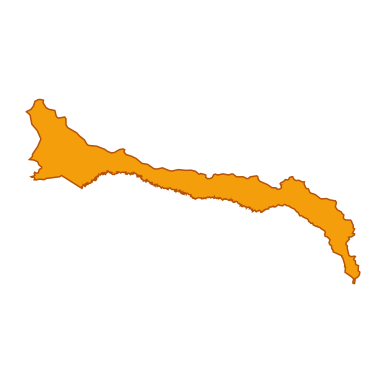 outline of Benjamin Constant, Amazonas, Brazil, rotated 264°
{"feature_id": "56859067B4861181831947", "entity_name": "Benjamin Constant", "entity_type": "district", "adm_level": 2, "iso_a3": "BRA", "parent_name": "Brazil", "parent_adm1": "Amazonas", "projection": "robinson", "projection_center": [-70.409, -5.498], "detail": "fine", "context": "isolated", "style": "filled", "palette": "amber", "viewbox_px": 384, "rotation_deg": 264, "n_neighbors": 0, "source": "geoboundaries", "source_scale": "gbopen_adm2", "svg_char_len": 6067}
<svg xmlns="http://www.w3.org/2000/svg" viewBox="0 0 384 384"><g transform="rotate(264 192 192)"><path d="M179.7,228.5L179.6,229.0L180.4,229.9L179.5,230.8L179.7,231.4L179.0,231.4L179.0,230.9L178.3,231.1L177.3,232.6L177.5,233.7L178.1,233.7L177.7,236.0L175.7,236.8L175.5,238.0L175.0,238.0L174.5,239.2L173.4,238.7L173.8,239.9L172.6,239.8L172.2,240.7L172.7,240.7L172.9,241.6L172.2,243.1L171.7,243.2L171.3,244.6L170.5,244.5L171.1,245.1L170.7,245.7L171.0,247.0L170.6,248.0L169.5,247.5L169.7,248.5L167.8,249.5L168.2,250.3L166.2,250.1L167.4,252.6L165.6,253.8L166.8,257.1L165.8,258.1L164.7,258.3L164.6,259.4L165.3,259.8L165.8,261.6L166.9,262.1L166.7,263.4L167.1,263.7L167.3,266.6L168.9,267.1L168.8,269.8L169.5,271.3L168.5,272.0L168.8,272.7L168.5,273.5L170.5,276.7L169.5,277.9L168.8,280.7L169.8,282.2L169.8,283.6L168.7,284.4L167.7,287.6L166.7,288.1L164.2,292.2L161.3,294.1L160.8,295.3L157.1,296.7L157.0,298.5L155.5,299.9L153.1,304.0L152.5,304.6L150.4,305.0L149.9,306.0L148.4,306.9L148.4,308.7L146.6,309.1L144.7,312.1L144.9,313.0L144.1,313.5L143.3,315.7L142.4,316.1L139.4,319.9L137.8,320.4L136.3,319.5L134.0,319.8L133.3,321.8L130.1,324.3L127.4,323.0L125.4,323.4L124.0,325.1L120.9,325.0L120.2,325.9L117.7,326.2L112.9,334.4L112.0,334.1L110.3,335.1L103.7,336.4L101.7,335.9L101.2,336.8L96.2,335.8L91.0,341.8L88.7,343.7L85.0,342.4L84.2,342.8L84.0,344.1L88.9,345.3L89.7,347.3L91.1,349.1L93.0,350.1L94.8,350.5L96.2,349.1L97.1,349.1L101.4,349.9L102.4,347.6L103.5,347.2L106.6,347.3L107.4,346.0L108.3,345.7L110.8,347.7L111.2,346.8L111.1,343.3L112.6,341.4L120.1,340.5L122.1,340.9L123.6,339.6L125.7,340.2L128.6,343.6L130.6,342.9L130.8,346.1L132.5,349.2L133.5,349.2L134.1,347.2L138.3,349.9L139.4,348.5L141.6,348.9L146.6,347.4L147.5,346.7L148.1,341.9L149.4,340.2L150.4,339.8L153.4,340.6L154.8,339.1L156.6,338.3L159.0,334.8L162.1,333.0L166.2,334.5L168.2,333.8L169.7,328.4L171.4,325.2L171.6,320.1L172.2,318.8L176.6,314.3L178.5,310.0L179.4,309.1L182.9,308.1L183.7,306.0L184.6,305.4L188.4,304.3L190.3,304.8L190.6,302.5L192.5,299.5L192.5,296.8L193.1,295.6L194.8,294.2L196.6,293.8L196.8,292.6L196.1,290.4L194.4,289.5L194.0,288.3L194.6,286.1L193.0,284.4L191.7,281.1L191.0,280.5L189.9,280.9L189.6,281.8L188.8,281.3L186.8,281.4L185.7,279.3L185.7,277.8L186.0,276.8L187.0,276.5L187.4,275.5L187.9,272.0L191.5,267.8L195.5,260.7L197.5,259.3L200.6,258.9L201.3,258.0L201.0,251.5L199.5,249.4L199.5,248.1L201.8,244.4L202.4,237.9L205.6,234.6L205.8,233.2L205.1,230.3L206.8,224.6L206.2,219.4L207.4,217.0L206.9,215.4L204.3,213.6L203.5,211.7L203.7,208.7L205.2,207.2L207.4,207.5L208.0,206.6L209.5,202.5L208.8,201.5L209.3,200.4L212.2,197.7L213.8,193.5L214.1,188.4L215.7,180.7L214.9,173.8L216.2,170.4L219.1,165.3L218.5,159.6L219.1,156.6L224.1,150.8L225.7,145.2L231.2,139.9L233.8,135.7L236.3,130.1L239.2,128.5L241.0,129.5L242.0,128.1L241.8,124.4L239.4,119.0L239.3,116.0L241.1,112.4L243.7,109.5L247.5,102.0L249.2,93.8L251.0,92.2L255.2,90.4L259.4,86.0L262.9,83.5L269.1,75.0L272.2,73.7L278.0,74.3L279.9,73.2L279.4,67.0L280.4,65.6L281.7,64.9L287.4,64.1L289.3,58.1L291.3,55.6L296.3,53.2L298.8,53.9L299.9,50.8L300.0,48.9L298.6,45.3L294.0,43.3L291.0,40.5L289.0,35.1L288.9,36.1L285.5,39.0L276.1,39.8L269.1,44.6L260.5,47.3L253.2,43.2L246.2,37.3L243.9,37.0L241.3,33.7L240.3,38.1L238.3,41.6L234.9,42.7L232.5,45.1L231.2,44.8L230.5,42.5L227.2,41.2L227.0,39.1L228.1,37.6L226.9,37.0L225.1,37.6L224.5,36.6L224.0,33.5L223.3,34.3L223.4,35.9L222.6,36.8L221.6,37.2L220.7,36.4L220.3,38.0L220.7,41.7L219.7,46.3L220.7,48.5L221.0,62.1L222.1,63.9L207.1,82.9L207.7,83.5L208.8,83.0L209.3,84.0L210.6,84.5L208.7,86.3L209.5,87.0L209.8,85.9L211.3,86.8L211.4,87.3L210.4,87.6L210.5,89.4L210.8,89.4L211.1,88.3L212.2,88.7L211.4,90.4L211.4,91.6L212.2,93.5L212.7,93.8L213.0,93.1L214.1,93.5L213.5,94.3L214.5,95.4L213.7,96.3L213.6,97.5L214.0,97.8L214.6,96.4L216.0,96.8L215.9,98.4L217.0,98.0L217.7,99.6L216.9,99.5L217.0,100.5L219.5,101.2L218.5,102.7L219.4,103.6L220.5,103.4L219.3,104.3L219.4,104.8L220.4,104.4L220.5,104.8L220.5,106.4L219.8,106.7L220.2,107.4L218.8,107.4L218.5,107.9L219.8,108.5L220.4,109.8L221.8,109.7L221.9,110.5L219.9,112.0L220.2,113.1L219.9,113.9L219.4,112.4L219.2,113.5L217.9,114.7L217.5,116.6L218.4,117.7L218.1,118.5L218.6,120.4L219.2,120.5L219.3,119.6L219.9,119.4L219.4,121.8L218.4,123.0L219.1,124.7L218.5,126.4L218.9,128.2L217.8,128.7L217.5,128.5L218.0,127.8L216.9,127.8L216.4,129.3L217.3,129.7L217.2,131.5L215.8,132.5L217.1,133.7L216.1,134.1L216.1,135.6L216.5,135.5L216.4,134.6L217.7,135.5L217.6,136.1L215.3,138.9L213.4,139.0L214.4,140.2L214.0,140.8L213.2,139.8L212.7,139.9L212.7,141.9L213.7,142.4L213.7,143.2L212.8,143.7L212.1,142.6L211.1,142.7L211.0,143.3L210.2,143.0L208.9,144.8L208.1,144.8L208.4,145.3L207.9,146.3L209.2,148.2L208.9,148.5L208.1,147.6L206.9,147.5L207.8,149.0L207.2,150.1L205.5,151.0L205.9,152.1L205.5,153.4L205.0,153.1L205.4,151.7L204.9,151.7L204.1,152.3L204.6,153.1L203.4,153.7L203.6,154.9L202.1,155.2L202.0,155.7L203.0,156.3L202.1,156.6L202.8,156.9L203.2,158.3L201.1,158.2L201.6,160.1L199.0,162.0L199.9,163.1L198.7,164.1L198.2,167.7L197.5,167.5L197.0,168.5L197.9,168.7L198.4,170.7L196.8,171.8L196.2,174.8L194.7,174.8L194.5,175.3L195.8,175.8L196.1,176.8L194.2,176.5L194.7,177.1L194.3,178.1L195.0,179.9L193.7,179.6L194.3,180.7L194.0,181.0L192.6,180.7L192.1,180.9L192.7,182.0L191.9,181.5L191.2,182.0L190.6,183.6L192.2,183.0L192.3,183.5L192.2,184.4L191.3,184.1L191.5,185.5L190.4,185.9L191.2,186.2L191.1,187.5L189.9,188.3L189.2,190.7L187.7,190.2L187.7,191.2L185.9,191.9L185.7,192.6L186.8,193.1L185.7,193.1L184.6,194.4L185.2,194.6L185.0,195.7L185.8,197.7L185.1,199.8L185.2,200.8L184.3,200.8L184.2,202.9L184.9,203.3L184.0,205.1L184.7,205.3L185.3,206.6L184.7,207.4L185.3,208.9L184.2,209.9L184.8,211.9L183.7,212.9L184.9,213.8L183.6,213.8L183.7,215.1L183.0,215.8L183.6,217.0L182.7,217.4L183.4,217.8L182.9,218.6L183.5,219.1L183.3,219.4L182.7,219.1L182.6,220.0L180.7,221.7L181.8,223.0L181.3,224.1L181.8,224.6L179.9,227.9L180.5,229.0L179.7,228.5ZM214.0,97.8L214.8,98.5L215.3,98.3L215.4,97.4L214.0,97.8ZM219.8,106.7L219.7,105.5L218.7,105.4L218.8,105.9L219.8,106.7Z" fill="#f59e0b" stroke="#b45309" stroke-width="1.5"/></g></svg>